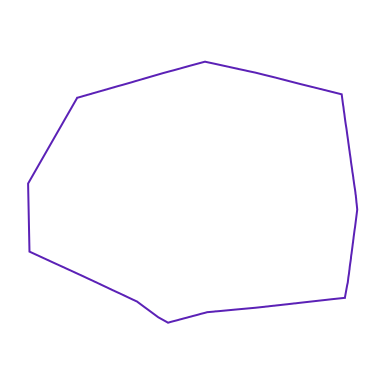 the district of Zuunmod, Töv, Mongolia, rotated 268°
{"feature_id": "93677404B29507747190159", "entity_name": "Zuunmod", "entity_type": "district", "adm_level": 2, "iso_a3": "MNG", "parent_name": "Mongolia", "parent_adm1": "Töv", "projection": "orthographic", "projection_center": [106.938, 47.703], "detail": "fine", "context": "isolated", "style": "outline", "palette": "violet", "viewbox_px": 384, "rotation_deg": 268, "n_neighbors": 0, "source": "geoboundaries", "source_scale": "gbopen_adm2", "svg_char_len": 2819}
<svg xmlns="http://www.w3.org/2000/svg" viewBox="0 0 384 384"><g transform="rotate(268 192 192)"><path d="M293.4,313.6L296.1,304.1L304.2,276.7L306.5,268.5L309.1,259.5L311.1,251.4L311.6,249.6L312.0,248.0L312.6,245.6L313.0,244.0L313.1,243.4L313.3,242.8L319.3,219.4L321.7,209.8L321.8,209.6L318.2,194.1L314.3,178.0L313.6,174.8L311.9,167.5L304.8,139.4L303.8,135.7L301.4,126.0L300.5,122.1L293.8,95.2L293.6,94.7L293.5,94.2L293.4,93.7L293.3,93.2L293.1,92.6L293.0,92.1L292.9,91.6L292.8,91.2L292.7,90.7L292.6,90.3L292.4,89.8L292.4,89.7L291.6,86.3L291.5,86.1L290.5,82.0L290.3,81.2L290.2,80.5L289.9,80.4L287.8,79.1L278.3,73.2L268.5,67.1L262.8,63.6L258.0,60.6L206.2,28.5L200.4,28.4L138.1,27.5L126.2,51.1L118.2,67.1L110.7,82.0L109.1,85.1L107.9,87.5L100.5,101.9L100.2,102.5L96.6,109.4L95.8,111.1L95.6,111.4L93.6,115.4L86.8,128.6L86.7,128.7L86.1,130.0L84.9,132.3L84.5,133.2L84.0,133.8L83.9,133.9L79.5,139.4L78.7,140.4L75.8,144.1L68.0,153.9L62.7,162.7L62.2,163.5L62.8,165.8L62.9,166.2L63.3,167.9L63.7,169.7L64.1,171.6L64.5,173.4L65.0,175.3L65.4,177.2L65.9,179.2L66.3,181.1L66.7,182.9L67.2,184.9L67.6,186.8L68.1,188.8L68.5,190.7L68.9,192.5L69.4,194.6L69.9,196.5L70.3,198.4L70.7,200.3L71.1,202.0L71.4,203.1L71.4,203.9L71.5,205.7L71.6,207.7L71.7,209.6L71.9,211.6L71.9,212.8L72.0,214.8L73.0,231.5L74.1,251.3L74.7,259.6L74.7,260.0L74.9,261.7L75.0,263.9L75.2,265.7L75.3,267.2L75.4,268.5L75.5,269.5L75.5,270.7L75.6,271.2L75.6,271.8L75.7,272.4L75.7,273.1L75.8,273.7L75.8,274.4L75.9,275.0L75.9,275.7L76.0,276.3L76.0,277.0L76.1,277.6L76.1,278.2L76.2,278.9L76.2,279.6L76.3,280.2L76.3,280.9L76.4,281.6L76.4,282.2L76.5,282.9L76.5,283.6L76.6,284.2L76.6,284.9L76.7,285.6L76.7,286.2L76.8,286.8L76.8,287.4L76.9,288.0L76.9,288.6L77.0,289.2L77.1,290.3L77.1,290.9L77.1,291.5L77.3,293.5L77.6,297.2L78.4,307.6L79.5,322.0L79.9,327.0L80.9,341.1L81.0,341.1L93.4,343.8L96.0,344.5L98.6,344.9L101.3,345.3L104.8,346.0L108.2,346.5L109.1,346.7L111.4,347.0L114.4,347.5L117.6,348.1L120.5,348.6L121.0,348.6L123.6,349.0L124.4,349.2L125.6,349.4L128.0,349.8L131.6,350.4L135.4,351.0L135.6,351.1L138.5,351.5L139.4,351.7L140.9,351.9L148.1,353.1L151.2,353.7L161.7,355.4L168.5,356.5L169.0,356.5L172.0,356.3L174.9,356.1L175.7,356.0L177.7,355.9L179.3,355.8L180.0,355.8L180.4,355.7L182.5,355.6L182.8,355.6L183.4,355.5L184.1,355.4L185.3,355.3L185.9,355.3L186.5,355.2L186.8,355.2L187.7,355.1L188.7,355.0L191.1,354.7L193.6,354.4L195.5,354.2L197.6,354.0L200.1,353.7L200.8,353.7L202.5,353.5L204.4,353.3L206.5,353.0L209.0,352.8L211.7,352.5L214.2,352.2L217.0,351.9L219.7,351.7L222.4,351.4L225.0,351.1L227.3,350.9L228.9,350.7L231.9,350.4L233.9,350.2L235.7,350.0L238.0,349.8L240.8,349.5L243.5,349.2L246.6,348.9L249.7,348.6L254.4,348.0L257.1,347.7L261.1,347.3L264.6,347.0L268.0,346.6L271.7,346.3L273.9,346.0L284.4,345.0L293.4,313.6Z" fill="none" stroke="#5b21b6" stroke-width="2"/></g></svg>